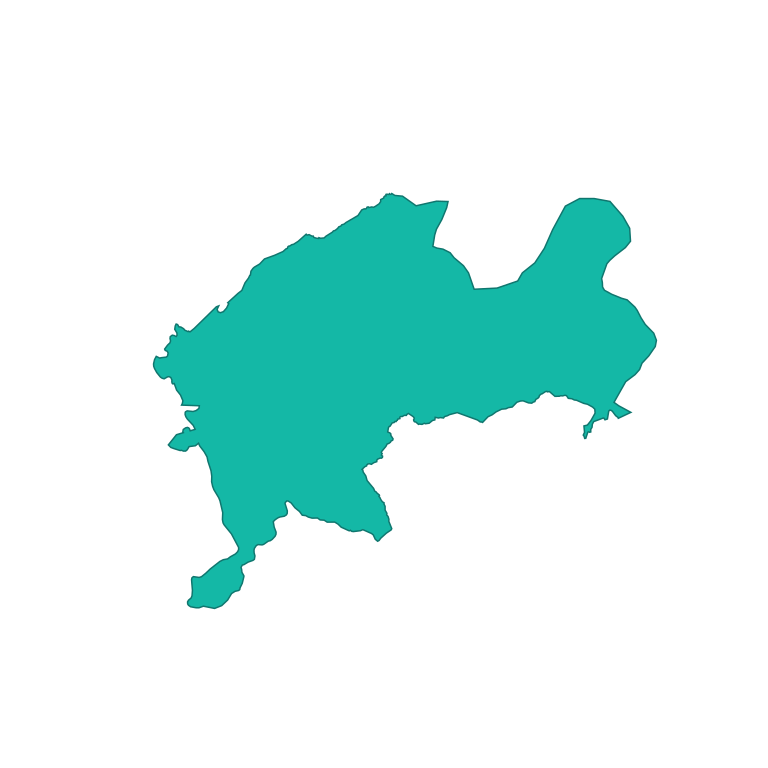 Kpandai, Northern, Ghana (Albers equal-area conic projection), rotated 321°
{"feature_id": "2480657B93484130612637", "entity_name": "Kpandai", "entity_type": "district", "adm_level": 2, "iso_a3": "GHA", "parent_name": "Ghana", "parent_adm1": "Northern", "projection": "albers", "projection_center": [-0.12, 8.387], "detail": "fine", "context": "isolated", "style": "filled", "palette": "teal", "viewbox_px": 768, "rotation_deg": 321, "n_neighbors": 0, "source": "geoboundaries", "source_scale": "gbopen_adm2", "svg_char_len": 6163}
<svg xmlns="http://www.w3.org/2000/svg" viewBox="0 0 768 768"><g transform="rotate(321 384 384)"><path d="M224.4,219.2L221.1,220.6L217.5,223.4L216.2,225.3L215.4,227.6L214.6,232.1L214.6,237.9L215.2,239.9L216.4,241.6L220.6,242.3L221.7,243.2L222.4,244.8L221.7,247.4L220.4,248.9L219.8,250.3L220.0,251.1L221.3,251.6L219.0,258.2L218.9,264.5L217.2,270.4L215.1,272.2L213.4,273.0L226.8,284.7L224.8,286.5L221.2,286.4L218.3,285.2L214.1,281.0L212.2,280.7L211.5,281.1L210.2,282.6L209.4,284.7L209.1,287.5L209.7,296.1L208.7,300.4L203.9,298.4L204.6,296.5L204.6,295.2L203.9,294.0L202.1,293.2L199.4,293.0L197.4,294.7L197.4,295.5L190.8,292.8L178.1,295.6L178.4,299.1L180.1,302.0L183.7,307.4L184.9,308.1L185.9,309.9L187.7,311.3L189.7,311.3L193.1,310.0L198.6,313.3L202.6,313.3L201.8,316.1L201.6,323.4L200.6,329.3L198.5,333.4L195.0,342.5L192.1,347.3L188.5,351.5L186.4,355.7L185.3,359.1L184.0,368.3L183.0,371.6L177.7,382.5L173.1,387.7L171.5,390.7L171.1,393.0L171.1,404.5L168.2,419.4L167.0,421.0L164.8,422.2L161.6,422.6L155.9,421.6L152.4,421.5L148.5,419.4L144.8,418.6L132.5,418.4L126.5,418.9L120.9,418.9L118.6,418.0L114.6,413.7L112.7,413.8L111.2,415.1L105.2,423.9L101.6,427.7L99.5,428.9L96.0,429.0L94.2,429.7L93.0,431.4L92.8,432.9L93.5,435.4L97.0,439.5L99.4,441.5L103.8,443.0L111.1,451.8L118.4,454.1L126.5,453.5L133.7,450.9L137.8,451.4L141.1,453.0L142.5,453.0L143.9,451.8L148.4,449.7L153.9,445.5L154.4,444.9L155.1,440.9L156.8,438.3L157.4,436.6L160.0,435.5L161.3,436.2L166.3,436.9L171.1,438.6L172.9,438.7L175.5,436.4L176.9,433.3L178.5,431.2L180.0,430.1L183.1,429.2L185.0,429.5L188.0,432.3L189.5,432.9L195.2,433.3L197.0,434.2L199.3,434.4L203.5,433.8L205.5,432.8L206.9,431.2L208.6,426.1L211.3,421.3L213.9,421.0L217.1,421.2L219.3,421.8L223.3,424.0L225.8,424.3L227.4,423.6L229.0,421.8L231.9,414.6L232.6,414.0L234.9,413.7L235.9,414.7L237.0,418.0L236.9,424.1L238.1,429.9L237.9,434.5L240.4,437.1L241.4,439.7L243.7,443.0L248.0,446.3L248.8,449.4L251.8,452.2L252.9,455.6L258.8,460.3L260.1,464.0L260.6,468.3L264.4,475.9L265.0,476.5L265.8,476.5L266.2,478.2L267.3,479.4L273.4,483.2L275.9,483.9L280.2,492.3L280.7,494.5L279.5,499.2L280.1,502.2L281.7,502.5L284.4,501.8L292.0,501.4L297.7,501.9L299.0,501.3L301.3,493.8L302.7,492.2L303.8,489.4L303.7,487.5L304.9,486.3L305.5,482.7L307.9,479.7L308.4,477.4L309.3,476.3L308.6,474.5L308.8,471.8L309.4,469.5L309.3,468.2L310.4,467.7L310.5,467.2L309.9,464.3L310.0,463.1L309.4,461.4L310.2,458.6L310.1,448.4L312.0,444.0L312.4,439.4L313.4,437.5L313.2,436.5L317.1,436.2L318.9,436.7L319.7,436.1L321.1,436.0L322.5,436.8L323.7,438.5L326.5,438.7L329.5,439.8L330.6,438.6L331.7,438.4L334.3,439.1L335.3,440.0L336.5,440.1L337.5,439.2L337.2,437.6L338.8,436.9L338.7,435.7L339.6,435.0L346.2,433.7L348.7,432.6L350.3,433.2L352.3,433.3L354.0,432.7L355.2,433.2L356.5,432.4L357.0,428.2L357.9,427.1L357.8,425.7L356.7,423.6L360.0,420.7L361.3,420.3L362.2,420.6L365.9,419.4L367.6,420.3L368.7,419.9L369.7,420.8L370.9,420.4L371.5,420.6L372.6,420.0L374.6,420.9L375.2,419.8L376.4,419.7L377.8,420.8L380.0,421.1L381.7,422.5L382.5,422.0L384.5,422.3L386.1,427.5L386.2,429.0L385.5,430.1L384.5,430.4L384.0,431.3L383.9,432.5L384.8,433.5L385.4,437.1L386.3,437.4L388.1,439.3L390.6,439.9L391.1,440.9L394.4,442.9L398.8,442.9L400.9,443.9L402.8,442.1L404.9,444.7L406.6,445.5L408.9,447.9L410.5,447.4L413.4,448.6L415.6,449.0L422.9,452.3L434.0,470.8L434.9,474.1L435.7,474.6L436.4,475.9L444.3,474.9L448.7,476.0L453.5,476.2L459.6,477.6L463.2,480.0L465.7,480.6L469.2,482.6L475.8,481.8L479.3,483.1L481.5,484.6L484.4,489.6L486.8,491.9L488.7,492.0L490.1,492.6L492.3,491.5L494.7,491.9L496.2,491.7L497.5,490.8L500.1,490.7L500.5,491.1L504.6,491.5L506.0,492.2L506.0,492.9L507.8,494.0L509.1,501.2L512.8,504.0L513.8,504.2L515.4,505.7L517.5,506.6L518.5,507.9L518.2,511.1L520.8,513.8L521.8,516.1L523.4,517.8L527.0,524.7L529.4,527.8L531.6,533.2L532.0,536.2L529.7,539.5L521.7,542.7L516.2,543.9L513.0,542.4L509.4,547.8L506.7,549.1L506.6,550.6L505.7,552.6L506.6,553.2L512.1,549.7L513.2,550.1L513.4,550.9L514.5,551.4L516.1,549.4L518.4,548.6L520.6,546.4L523.3,545.2L532.6,548.3L533.4,548.8L533.2,550.9L535.6,551.8L541.6,546.5L543.0,546.4L543.8,547.2L544.3,548.8L544.1,554.4L544.8,557.2L544.5,558.1L558.0,561.4L552.7,548.6L551.2,543.0L573.3,534.3L585.0,534.7L591.7,533.6L597.6,530.2L607.4,528.8L618.4,525.6L623.2,521.5L625.6,514.3L624.5,502.1L625.4,494.3L627.1,486.1L627.4,482.1L625.9,471.6L622.6,466.9L617.5,457.7L614.3,449.9L614.9,446.2L617.6,442.5L619.5,439.0L632.9,430.8L637.3,430.0L643.9,429.6L657.4,429.9L665.4,428.2L672.9,417.6L675.2,403.9L674.5,384.3L664.0,372.1L652.7,363.0L636.9,359.9L612.2,370.2L594.0,379.5L577.4,384.8L561.5,384.7L552.7,388.1L532.2,380.6L513.7,367.1L519.6,350.8L520.2,342.1L517.9,330.0L518.0,323.6L514.7,316.3L510.6,311.6L508.6,307.8L517.2,300.1L522.2,296.7L532.4,292.6L543.7,286.4L548.6,282.5L539.9,275.0L521.1,265.7L516.6,249.7L511.1,244.3L509.9,240.8L508.8,241.0L507.9,240.3L508.0,239.6L507.0,239.7L505.7,238.3L504.8,237.9L504.1,239.0L502.8,238.4L501.6,238.6L500.8,239.3L497.5,238.6L496.1,240.2L493.5,240.9L489.1,240.5L487.1,240.1L485.9,238.7L483.2,237.3L483.3,236.6L482.3,235.9L480.8,236.5L479.9,236.4L478.8,235.4L476.2,234.7L469.8,236.7L456.2,234.6L453.6,234.6L451.3,233.7L449.8,234.1L447.8,233.4L445.8,233.9L442.7,233.9L441.0,233.2L439.5,233.5L431.9,232.6L429.4,232.8L426.4,230.8L425.5,229.3L424.8,229.8L423.1,228.0L421.7,225.9L422.1,224.5L421.1,223.8L419.8,220.8L417.9,219.9L417.8,218.6L407.1,219.1L401.6,218.5L400.1,217.7L397.5,217.4L396.5,216.8L395.6,216.9L394.3,217.8L392.9,217.3L388.9,217.5L379.9,215.1L369.8,211.6L362.9,212.5L356.8,211.6L354.9,211.7L351.6,212.6L348.7,215.3L348.1,215.1L345.4,216.4L339.7,217.9L332.4,221.8L327.6,221.7L313.7,222.5L313.9,223.8L309.5,225.9L304.7,226.7L301.8,225.7L300.5,223.6L301.2,221.0L304.7,219.3L302.3,218.5L271.4,221.4L266.2,221.4L265.4,220.6L265.5,220.0L264.5,219.7L263.0,216.6L263.1,215.0L262.0,211.9L260.6,210.5L261.0,207.9L260.2,206.6L258.3,207.5L255.8,209.8L255.2,214.0L253.7,216.0L252.3,216.3L251.5,214.4L250.2,212.8L247.7,212.7L246.3,214.0L245.2,216.2L243.6,217.3L240.2,217.6L235.5,218.8L235.1,220.2L236.1,222.1L235.8,224.0L233.4,226.0L231.8,226.1L227.0,223.1L226.1,222.9L224.4,219.2Z" fill="#14b8a6" stroke="#0f766e" stroke-width="1.5"/></g></svg>